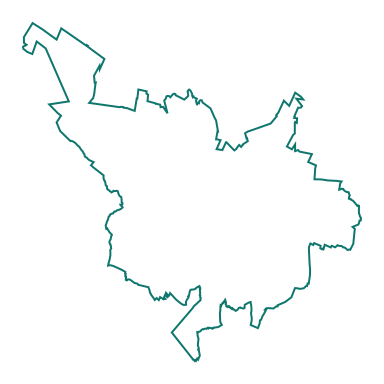 Zempoala, Hidalgo, Mexico
{"feature_id": "50627088B89511183643181", "entity_name": "Zempoala", "entity_type": "district", "adm_level": 2, "iso_a3": "MEX", "parent_name": "Mexico", "parent_adm1": "Hidalgo", "projection": "equal_earth", "projection_center": [-98.684, 19.926], "detail": "fine", "context": "isolated", "style": "outline", "palette": "teal", "viewbox_px": 384, "rotation_deg": 0, "n_neighbors": 0, "source": "geoboundaries", "source_scale": "gbopen_adm2", "svg_char_len": 5979}
<svg xmlns="http://www.w3.org/2000/svg" viewBox="0 0 384 384"><path d="M148.1,94.6L146.4,93.6L146.6,91.3L138.4,89.5L137.3,98.6L136.7,98.5L134.7,110.9L127.2,108.2L123.4,107.6L123.3,107.1L121.0,106.8L119.8,107.2L89.2,102.9L93.2,98.0L94.2,94.0L95.4,84.2L95.8,82.5L94.7,82.7L94.0,75.8L99.5,65.8L99.8,69.2L104.4,59.0L88.0,46.9L87.7,46.6L88.0,45.9L86.8,45.1L86.6,45.9L61.3,28.4L56.6,39.6L41.9,29.0L32.6,23.1L23.9,37.1L24.0,42.9L25.8,44.3L26.1,44.8L26.5,44.9L26.3,45.2L23.9,46.1L23.0,47.0L23.4,48.9L27.4,52.0L32.3,54.0L36.7,41.5L45.7,48.4L68.8,101.4L49.2,104.4L57.6,113.0L61.0,115.7L56.6,122.4L60.2,131.1L70.5,141.1L71.7,140.9L73.8,141.9L75.9,143.5L77.1,145.0L79.4,146.9L80.7,149.1L82.7,151.4L83.7,153.5L84.3,153.9L84.8,156.4L85.9,157.3L86.9,157.7L88.2,159.3L89.5,160.2L93.6,162.1L91.0,165.3L94.1,168.0L103.6,175.4L103.5,178.2L104.4,180.8L105.0,181.2L105.8,185.4L106.6,185.8L107.0,186.6L107.1,188.5L107.5,189.4L109.2,190.4L109.8,191.2L110.6,191.5L111.4,192.4L112.7,191.8L113.4,190.8L114.8,191.1L116.9,190.8L117.7,191.1L118.5,193.8L119.5,195.8L120.2,196.5L121.2,196.9L121.6,199.4L121.7,202.5L122.3,202.8L122.5,203.6L122.3,204.5L121.5,204.8L120.4,204.7L120.6,205.3L121.6,206.1L122.6,207.3L121.7,208.4L119.4,209.7L118.3,209.9L117.7,210.3L116.9,210.4L115.7,211.5L114.3,211.5L113.1,213.5L112.3,213.4L111.0,214.2L110.2,214.4L109.4,216.3L108.8,216.5L108.5,217.3L107.9,219.8L107.0,221.5L105.7,225.8L106.3,228.9L107.2,228.4L109.3,232.0L111.9,234.8L111.1,236.6L110.7,239.0L109.4,241.6L109.6,243.1L110.0,244.1L110.4,244.2L110.6,245.6L110.9,245.9L110.9,247.2L111.2,248.4L110.3,249.9L110.4,255.2L109.6,259.7L108.7,262.6L108.7,263.4L108.3,264.0L108.1,265.6L109.3,265.2L110.7,265.3L113.1,265.9L120.9,269.4L125.4,271.9L125.1,273.7L125.7,273.9L125.3,276.4L126.1,276.6L125.8,279.9L125.9,280.0L126.9,280.4L128.0,279.3L130.0,279.6L134.6,283.0L137.2,283.6L138.0,284.2L138.2,284.8L148.4,287.2L149.5,290.1L150.0,292.8L150.5,293.2L151.2,294.9L153.3,297.6L154.8,300.0L156.6,298.1L158.8,300.1L160.1,297.1L163.5,299.3L165.3,298.9L164.0,297.4L165.2,294.7L167.3,297.2L168.0,296.6L165.6,293.8L166.0,292.8L168.7,295.9L169.2,295.4L170.1,293.1L176.3,299.8L181.3,303.8L183.4,304.9L185.5,304.9L186.1,304.7L185.9,302.1L186.9,299.6L188.0,298.3L188.7,297.0L188.1,296.4L189.1,295.2L189.7,291.6L190.5,289.8L194.4,289.3L195.7,288.7L196.0,288.1L197.4,287.1L199.2,286.2L199.3,286.7L199.6,286.5L200.2,287.9L199.8,288.3L200.3,289.3L199.8,289.8L200.2,292.9L199.8,295.2L200.3,295.5L200.1,297.3L200.8,298.0L200.4,299.4L200.5,300.2L193.8,306.3L192.6,308.2L171.8,332.5L192.5,358.7L192.6,359.2L192.9,359.5L193.2,359.3L194.6,360.9L195.2,360.0L196.0,360.9L197.2,358.5L198.1,359.6L199.8,355.6L198.8,349.9L198.1,349.6L198.8,348.4L197.8,345.1L198.5,338.7L197.7,336.1L197.3,332.1L198.3,332.4L198.9,331.8L200.3,331.3L201.6,329.8L202.7,329.1L203.7,329.3L205.1,328.6L206.4,328.8L207.9,327.6L208.3,327.7L208.5,328.4L209.3,327.8L211.3,328.1L212.4,328.7L212.9,328.1L213.0,328.4L214.9,327.5L218.1,327.1L221.8,324.9L220.3,322.3L220.1,318.9L219.9,313.5L220.4,309.8L220.3,308.4L220.6,305.2L221.1,305.6L221.1,305.3L222.3,303.8L222.6,302.8L223.9,301.9L224.0,302.4L224.4,302.0L224.0,301.6L225.1,299.8L225.9,302.1L226.0,303.0L225.7,304.4L226.5,305.4L226.3,306.3L227.7,307.1L228.4,306.3L228.8,306.8L229.3,306.4L230.3,307.8L230.5,307.5L231.8,308.8L232.1,308.3L232.7,308.9L232.8,308.5L235.7,310.9L237.6,309.7L238.9,307.8L240.5,307.5L240.8,307.9L243.3,308.5L244.4,308.2L244.8,304.8L248.7,302.6L250.6,302.0L250.8,303.7L251.2,305.1L251.5,309.6L251.4,311.5L251.0,313.3L251.8,318.4L251.6,321.0L250.7,325.0L257.9,328.1L259.6,323.7L260.0,320.3L261.1,319.8L262.6,315.9L264.1,313.6L266.0,309.9L265.0,309.7L266.0,308.6L266.6,308.2L268.1,308.1L273.5,308.5L276.2,306.4L277.6,306.4L277.7,305.2L285.3,301.9L291.4,297.3L295.0,288.1L297.7,288.3L299.0,288.8L301.6,288.7L303.8,288.2L306.4,285.8L307.1,286.0L307.6,283.5L308.7,283.7L310.0,274.9L310.1,269.7L309.6,264.0L308.9,248.7L309.0,247.0L310.4,243.5L313.3,245.0L314.1,243.1L320.6,245.8L320.3,248.3L322.1,249.3L322.4,248.9L323.4,249.4L323.8,248.2L323.7,247.6L324.1,247.1L324.7,244.8L330.8,247.4L331.2,246.4L331.8,245.8L335.1,247.3L336.8,246.0L337.5,245.2L338.7,245.8L341.2,246.0L341.9,246.2L343.1,247.4L344.0,247.3L345.8,248.3L347.3,249.8L347.8,250.0L349.7,249.4L350.3,249.7L353.3,243.7L354.8,228.9L352.6,226.9L358.4,224.5L358.9,223.2L359.6,220.5L360.7,220.5L361.0,218.1L359.9,216.3L359.7,215.0L359.2,214.1L359.0,213.3L358.9,211.5L359.0,205.8L358.0,205.4L357.3,205.9L355.2,203.2L353.0,200.7L350.5,199.4L350.5,198.9L348.9,198.7L349.1,196.6L349.8,195.4L349.0,193.8L348.8,192.4L347.6,192.0L347.0,192.1L345.1,191.2L343.6,189.9L343.3,189.0L342.8,189.1L342.0,188.7L339.2,189.7L340.2,183.4L341.5,181.5L336.5,180.9L327.6,180.4L321.2,179.4L314.5,179.3L315.2,168.3L316.0,165.4L308.2,162.0L311.9,154.1L299.5,151.6L298.1,150.1L295.1,151.1L295.1,144.4L291.9,149.3L286.9,146.5L293.1,135.0L294.8,133.5L294.8,122.8L295.2,121.9L296.8,122.9L297.1,118.3L294.3,118.0L294.8,116.9L294.3,116.5L298.1,107.7L299.3,107.8L301.0,107.5L302.1,106.1L296.4,98.7L303.2,99.5L300.9,96.7L295.2,92.7L289.2,105.9L283.9,100.7L278.3,112.7L276.2,115.3L276.8,116.2L270.7,123.5L247.5,131.7L245.1,133.2L246.5,138.4L247.0,138.1L247.8,141.1L242.6,144.6L242.7,145.1L241.1,146.9L239.2,145.0L237.2,147.4L236.2,149.1L234.3,150.4L226.3,142.1L226.4,141.4L222.4,150.0L216.6,149.2L220.5,140.2L216.9,139.3L216.1,139.3L217.6,130.8L217.9,131.0L216.1,120.5L214.4,117.3L210.5,108.4L202.6,102.5L201.7,100.3L200.3,100.2L199.4,101.0L199.0,103.2L198.2,102.8L197.1,104.4L196.8,104.1L196.0,100.6L196.8,98.7L193.3,97.1L193.5,96.3L193.3,96.2L192.7,95.9L192.5,96.4L192.2,95.6L192.1,93.8L190.7,91.0L189.4,89.6L188.8,89.7L187.6,91.3L188.2,94.5L188.2,95.6L187.8,96.4L184.3,99.6L175.6,95.2L175.4,94.1L174.3,93.7L173.5,93.9L172.7,94.5L170.3,97.3L169.5,96.4L168.6,96.0L167.2,96.0L166.5,96.3L165.7,98.8L164.2,100.6L167.5,113.3L163.0,106.8L160.6,107.2L160.3,105.0L160.0,104.6L157.6,104.1L156.3,103.6L155.8,103.9L155.1,103.2L147.5,101.2L148.1,94.6Z" fill="none" stroke="#0f766e" stroke-width="2"/></svg>